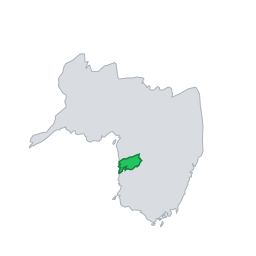 Central Ostrobothnia on a map of Finland (Robinson projection), rotated 304°
{"feature_id": "FIN-3181", "entity_name": "Central Ostrobothnia", "entity_type": "Province", "adm_level": 1, "iso_a3": "FIN", "parent_name": "Finland", "parent_adm1": "", "projection": "robinson", "projection_center": [23.72, 63.644], "detail": "coarse", "context": "in_parent", "style": "filled", "palette": "green", "viewbox_px": 256, "rotation_deg": 304, "n_neighbors": 0, "source": "natural_earth", "source_scale": "10m", "svg_char_len": 4147}
<svg xmlns="http://www.w3.org/2000/svg" viewBox="0 0 256 256"><g transform="rotate(304 128 128)"><path d="M100.8,111.5L99.4,108.4L97.6,105.8L95.6,105.0L94.9,104.0L94.6,101.9L94.9,100.2L97.1,98.6L97.4,96.4L98.6,94.7L98.0,93.6L94.6,90.4L94.2,89.4L94.0,87.6L95.9,86.0L95.4,84.4L91.8,83.8L91.9,82.9L92.9,81.2L92.4,79.9L92.4,76.9L94.2,75.6L92.1,74.5L90.1,72.6L88.4,72.5L87.3,70.5L84.3,68.7L73.5,66.1L66.9,63.3L63.4,60.9L60.1,59.6L59.8,58.4L56.4,57.5L57.1,56.9L59.8,56.9L62.0,57.4L62.8,56.7L61.9,55.0L62.1,54.5L64.6,53.5L68.7,53.5L77.4,60.5L78.8,62.8L87.0,63.5L88.0,64.1L90.2,63.9L95.0,62.9L96.9,61.3L98.7,61.5L110.5,64.9L112.3,64.1L113.4,62.0L114.3,61.1L115.7,60.4L118.4,60.0L120.6,58.2L120.7,53.4L121.7,52.0L123.6,47.2L127.3,45.0L129.9,42.8L132.6,42.5L137.4,42.9L143.0,40.7L146.7,40.4L153.3,44.3L162.5,46.9L165.0,50.2L163.9,51.5L159.2,55.1L159.0,56.1L160.8,57.7L154.0,59.7L154.5,60.2L158.1,60.5L158.6,61.2L155.0,65.8L154.9,66.6L157.9,71.6L166.3,73.8L168.7,76.0L174.8,80.3L174.3,82.4L165.8,89.9L163.9,92.0L163.6,93.3L169.0,99.3L171.9,103.6L175.1,106.7L177.7,111.8L177.9,113.6L173.0,114.5L174.4,115.4L173.3,117.0L173.3,119.3L172.0,120.8L172.3,121.2L174.6,121.5L174.9,122.5L174.7,123.1L172.3,124.3L172.1,125.5L173.5,127.6L174.6,128.4L178.4,129.1L179.0,129.6L179.2,131.2L177.5,132.7L177.5,133.3L179.2,136.0L184.4,138.3L185.0,140.0L185.0,141.1L184.8,142.1L181.1,145.9L178.2,147.1L184.1,151.1L194.5,156.3L199.1,160.7L199.6,162.0L196.6,167.5L195.3,169.0L187.3,175.2L176.0,185.4L170.3,189.9L159.0,196.8L150.9,203.1L146.4,204.3L142.8,202.9L141.1,203.3L139.4,204.2L133.7,205.2L133.5,204.2L134.6,201.5L134.1,201.5L133.1,202.8L132.6,204.3L131.6,205.0L129.2,205.3L126.9,204.1L125.8,204.2L127.0,206.0L126.9,206.5L125.7,206.4L123.1,207.8L122.5,207.8L121.7,206.6L119.0,207.9L116.4,208.1L114.9,209.1L107.3,210.5L105.2,212.1L103.7,211.7L95.2,213.1L91.7,212.7L87.8,215.3L84.8,215.6L87.9,213.0L88.0,212.1L86.4,211.6L85.2,210.7L84.1,208.8L83.5,208.7L82.5,211.1L80.4,212.0L77.9,211.9L77.6,210.9L78.0,209.9L77.7,209.7L78.0,208.9L79.3,208.9L79.7,208.5L79.7,208.0L78.6,207.5L79.6,205.8L75.2,205.4L69.7,203.6L69.0,202.1L66.4,203.2L64.0,202.0L63.6,201.3L63.1,195.5L63.3,193.9L64.7,192.0L65.2,190.0L65.2,186.5L66.0,186.5L65.1,185.3L66.4,185.0L66.6,184.6L63.7,178.9L62.0,177.6L63.4,173.5L63.2,172.6L63.0,171.5L60.9,170.2L60.1,166.6L60.7,164.5L65.0,160.8L65.2,159.4L67.6,159.3L66.5,158.0L66.2,156.4L69.6,155.8L70.9,156.3L73.9,155.7L76.6,154.5L75.6,152.3L76.9,152.2L76.5,151.7L76.6,151.1L77.6,151.4L79.4,149.8L79.4,148.6L82.4,148.0L85.8,145.6L88.9,144.3L92.2,141.8L93.6,141.7L94.3,140.1L97.9,137.7L99.2,135.7L102.5,133.4L105.8,129.5L106.2,128.4L111.2,127.0L115.7,127.4L115.6,126.4L114.9,125.8L116.8,124.8L116.3,123.3L115.2,122.6L116.4,116.9L115.0,115.8L109.7,113.9L107.6,113.7L106.4,112.3L106.9,110.6L104.1,111.9L100.8,111.5ZM73.3,206.2L76.5,206.2L77.3,207.1L75.9,207.7L75.8,208.5L76.5,209.6L75.1,209.6L74.2,208.3L72.7,207.4L73.3,206.2ZM109.9,125.1L108.0,125.7L106.4,125.3L106.4,124.2L109.1,123.5L111.9,124.3L110.5,124.5L109.9,125.1ZM62.1,155.1L62.0,156.1L63.9,155.4L64.6,155.6L64.5,156.5L63.9,156.3L62.3,157.3L61.0,156.5L60.1,155.1L62.1,155.1ZM64.2,203.2L64.0,204.0L62.1,204.1L61.3,203.3L60.9,201.9L61.7,201.3L62.1,202.0L64.2,203.2ZM71.5,206.6L70.5,206.6L69.1,205.8L69.0,205.4L69.5,205.2L69.3,204.2L70.4,204.8L71.0,205.4L70.4,205.6L71.5,206.6ZM69.3,210.0L67.9,210.6L67.4,210.5L67.5,209.4L68.4,209.0L69.7,208.9L69.3,210.0ZM66.5,210.6L65.3,210.7L64.5,210.2L65.7,209.4L66.6,209.5L66.7,210.0L66.5,210.6Z" fill="#d9dde1" stroke="#a8b0b8" stroke-width="1"/><path d="M85.5,146.2L85.5,145.7L86.6,144.9L87.4,145.0L87.7,144.5L90.9,144.0L91.2,143.8L90.6,143.4L90.7,141.6L93.7,142.0L93.9,141.8L93.2,140.6L93.8,140.6L95.0,139.5L100.1,141.6L100.6,142.8L101.8,143.8L102.1,144.5L104.3,145.4L107.2,148.4L109.1,149.4L112.6,151.9L110.8,152.6L109.3,153.8L109.5,155.1L109.0,155.4L108.7,157.6L105.9,157.2L103.7,157.9L101.3,157.3L101.9,156.9L99.5,155.3L97.2,155.0L95.8,154.4L94.9,153.3L94.1,150.6L93.3,150.2L93.1,149.6L91.5,149.3L92.1,148.8L92.0,148.3L92.9,148.8L95.4,148.3L95.1,147.9L92.3,146.5L91.6,146.9L89.9,146.8L88.9,147.4L85.5,146.2Z" fill="#22c55e" stroke="#15803d" stroke-width="1.5"/></g></svg>